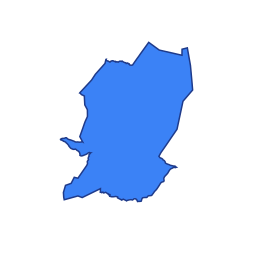 the district of San Pedro Sochiápam, Oaxaca, Mexico, rotated 62°
{"feature_id": "50627088B80283041271538", "entity_name": "San Pedro Sochiápam", "entity_type": "district", "adm_level": 2, "iso_a3": "MEX", "parent_name": "Mexico", "parent_adm1": "Oaxaca", "projection": "natural_earth1", "projection_center": [-96.643, 17.816], "detail": "fine", "context": "isolated", "style": "filled", "palette": "blue", "viewbox_px": 256, "rotation_deg": 62, "n_neighbors": 0, "source": "geoboundaries", "source_scale": "gbopen_adm2", "svg_char_len": 4773}
<svg xmlns="http://www.w3.org/2000/svg" viewBox="0 0 256 256"><g transform="rotate(62 128 128)"><path d="M66.1,101.8L66.2,102.0L66.3,102.1L66.3,102.3L66.2,102.5L65.2,103.6L65.2,103.8L65.2,104.0L65.1,104.3L65.1,104.5L65.2,104.9L65.2,105.0L65.3,105.4L65.2,105.6L65.2,105.8L65.0,106.0L64.8,106.0L64.7,106.2L64.7,106.3L64.6,106.5L64.4,106.7L64.3,106.8L64.2,106.9L64.2,107.0L64.2,107.4L64.1,107.6L64.0,107.8L63.9,107.9L63.6,107.9L63.3,107.8L63.2,107.9L63.1,108.1L63.1,108.3L63.0,108.6L62.9,108.7L62.7,108.9L62.4,109.1L62.1,109.3L61.9,109.4L61.8,109.5L61.6,109.8L61.4,110.0L61.3,110.3L61.2,110.4L61.2,110.5L61.2,110.9L61.1,111.2L61.0,111.3L61.0,111.6L61.0,111.8L61.1,112.2L61.3,112.7L61.3,112.8L61.3,113.0L61.2,113.1L60.9,113.3L60.6,113.5L60.3,113.7L60.2,113.7L59.8,113.9L59.7,114.0L59.3,114.4L59.2,114.6L58.8,114.9L58.5,115.1L58.4,115.1L58.2,115.2L58.0,115.3L57.9,115.4L57.7,115.4L57.4,115.3L57.3,115.2L57.3,115.3L57.2,115.4L60.2,118.0L65.2,131.5L68.6,137.7L74.2,153.8L74.4,154.2L74.7,153.9L76.3,153.5L77.0,153.2L77.6,152.6L78.2,152.3L79.3,151.5L80.4,152.1L87.3,155.3L92.8,155.3L97.5,157.7L98.9,158.5L102.0,162.6L103.6,164.4L106.5,167.5L113.0,174.6L118.9,174.6L118.6,174.8L118.4,175.7L118.3,176.2L117.8,177.4L116.9,178.7L116.6,179.1L116.4,179.7L116.2,180.1L115.8,180.7L115.5,181.1L114.4,181.8L112.7,183.3L112.0,183.9L110.9,185.0L110.6,185.4L109.9,186.0L109.4,186.3L108.6,186.7L107.9,186.8L107.6,187.1L107.3,187.7L107.3,188.1L107.2,188.8L107.1,189.3L106.9,189.7L106.7,190.1L106.5,190.5L106.3,191.1L106.2,191.6L106.2,192.2L106.3,192.9L106.7,193.0L107.1,192.8L107.3,192.5L107.5,192.2L108.0,192.0L108.2,191.8L108.8,191.3L109.2,191.3L109.5,191.1L110.0,190.6L110.5,190.2L110.9,189.9L111.2,189.7L111.8,189.6L112.3,189.5L112.8,189.2L113.5,189.0L114.4,188.8L114.9,188.7L115.5,188.6L115.8,188.5L116.3,188.7L117.6,188.4L118.1,188.3L118.9,188.1L119.4,187.8L119.9,187.5L120.2,187.1L120.6,186.8L121.1,186.5L121.4,185.8L121.8,185.0L121.9,184.4L122.3,184.1L122.7,183.9L123.2,183.7L123.8,183.6L124.8,182.8L125.2,182.8L126.0,182.4L126.5,182.4L126.9,182.4L127.4,182.4L127.8,182.5L128.3,182.7L128.9,182.8L129.3,183.1L129.6,183.3L130.1,183.0L130.5,182.6L130.8,182.2L131.0,181.8L131.3,180.2L131.4,178.9L131.5,178.3L131.6,177.3L131.6,176.5L131.5,175.9L131.4,175.3L131.4,174.6L131.4,174.0L131.6,173.4L132.0,173.1L132.3,172.7L132.3,172.8L132.7,173.1L132.9,173.7L133.0,174.1L133.2,174.6L133.3,175.0L133.6,175.2L134.0,175.4L134.4,175.5L134.7,175.7L135.0,176.4L135.7,177.1L136.0,177.3L136.5,177.6L137.3,177.7L137.5,178.0L137.8,178.4L138.0,178.9L138.2,179.4L138.5,179.7L139.1,180.0L139.7,180.1L140.0,180.2L140.5,180.6L141.0,181.0L141.4,181.7L141.9,182.4L148.8,195.8L146.3,198.6L150.2,204.2L149.3,210.1L154.6,215.3L158.8,217.2L161.4,218.0L164.5,204.1L167.9,201.1L168.6,180.8L171.7,182.6L171.9,182.1L172.6,181.8L172.5,181.0L173.0,180.8L173.1,180.1L174.0,179.9L174.3,177.9L175.2,177.4L176.8,176.7L176.8,176.4L178.1,176.3L178.1,175.3L178.6,175.2L179.7,176.2L181.0,174.8L181.9,173.1L182.7,170.9L184.0,169.5L184.8,170.0L188.5,167.5L188.3,167.3L188.4,166.9L188.7,167.0L188.7,165.5L191.7,163.4L191.5,163.0L192.0,160.8L192.7,158.9L193.6,158.0L193.7,157.8L193.4,155.9L193.8,154.9L194.4,154.3L195.2,154.3L195.8,153.9L197.4,154.1L197.7,153.3L198.7,151.2L198.8,150.6L197.1,149.0L196.5,148.0L196.7,147.2L197.3,145.6L197.7,145.0L198.1,144.1L198.0,143.4L197.7,142.8L197.5,142.2L197.5,141.4L198.0,140.6L198.3,139.8L198.5,139.4L198.6,138.6L198.4,138.2L198.2,137.9L198.0,137.4L197.6,136.5L197.2,135.7L196.5,134.4L195.9,132.4L195.3,131.0L193.9,128.4L192.1,125.3L191.8,124.6L191.7,123.9L191.7,123.4L191.8,122.8L192.0,121.7L191.6,121.0L190.8,120.6L190.0,120.4L189.2,120.0L188.8,119.4L188.5,119.2L187.7,117.5L187.4,116.4L187.0,115.3L186.7,114.5L186.3,113.7L185.8,113.0L185.5,112.4L185.0,111.7L184.6,110.9L184.2,109.8L184.2,108.6L184.3,108.0L184.2,107.2L184.3,106.5L184.3,106.1L184.5,105.6L185.1,105.0L185.3,104.5L185.3,104.2L185.4,103.7L184.9,104.0L184.0,104.2L183.3,105.0L182.9,105.7L182.6,106.1L181.9,106.8L181.6,107.1L181.4,107.5L180.9,108.0L180.4,108.4L179.4,109.1L179.0,109.5L178.8,109.8L178.2,110.2L177.9,110.5L177.5,110.8L177.0,111.1L176.5,111.4L176.0,111.3L175.5,111.1L175.0,111.1L174.4,111.2L174.0,111.2L173.7,111.4L173.3,111.5L172.9,111.8L172.4,112.1L171.9,112.0L171.4,112.2L170.9,112.4L170.4,112.7L170.1,113.1L169.7,113.4L169.2,113.7L168.9,113.8L168.1,113.9L167.5,114.0L165.2,110.5L160.9,102.1L157.0,94.7L152.1,85.3L130.2,66.9L124.8,53.1L117.8,50.1L102.1,43.5L85.1,38.0L83.8,43.3L89.1,46.2L73.9,63.8L62.1,69.5L68.4,82.3L69.8,85.0L70.9,87.3L71.9,89.3L74.2,93.8L74.5,94.3L74.4,94.7L74.2,95.5L73.8,96.1L73.5,96.5L73.2,96.8L72.6,96.9L72.0,96.8L71.7,97.4L70.5,97.7L70.4,98.5L70.2,99.3L69.3,99.3L69.0,99.8L68.8,100.1L68.5,100.3L68.2,100.6L67.7,101.0L66.1,101.8Z" fill="#3b82f6" stroke="#1e3a8a" stroke-width="1.5"/></g></svg>